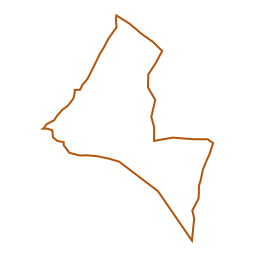 Tserkezoi, Cyprus
{"feature_id": "46923920B77369159713494", "entity_name": "Tserkezoi", "entity_type": "district", "adm_level": 2, "iso_a3": "CYP", "parent_name": "Cyprus", "parent_adm1": "", "projection": "mercator", "projection_center": [32.988, 34.647], "detail": "fine", "context": "isolated", "style": "outline", "palette": "amber", "viewbox_px": 256, "rotation_deg": 0, "n_neighbors": 0, "source": "geoboundaries", "source_scale": "gbopen_adm2", "svg_char_len": 846}
<svg xmlns="http://www.w3.org/2000/svg" viewBox="0 0 256 256"><path d="M191.9,240.6L194.2,218.5L192.3,210.5L198.5,198.8L198.9,193.5L198.9,186.1L200.8,179.7L202.8,169.8L207.1,159.4L209.4,154.4L213.1,143.1L212.1,142.4L207.6,139.3L192.5,139.2L172.7,137.6L154.1,140.9L154.1,127.1L151.3,116.8L155.3,100.0L148.0,87.5L148.3,74.4L155.3,63.8L162.2,51.0L153.2,42.1L141.9,34.2L129.8,23.9L124.5,20.5L116.4,15.4L115.8,18.4L116.4,25.6L116.5,27.3L109.2,37.5L108.6,38.3L103.7,47.7L99.3,54.9L94.5,65.0L87.5,78.9L82.4,84.9L80.0,89.8L74.7,89.9L74.8,92.3L73.4,98.5L68.0,105.6L62.4,109.7L56.9,116.0L53.9,120.5L51.1,121.8L46.4,124.3L44.2,127.7L42.9,128.7L47.5,128.7L52.3,130.3L53.0,137.3L57.3,140.9L63.7,142.2L63.7,145.2L69.3,152.8L79.8,155.5L87.3,155.3L97.3,156.2L108.3,158.5L119.0,161.6L158.0,191.2L191.9,240.6Z" fill="none" stroke="#b45309" stroke-width="2"/></svg>